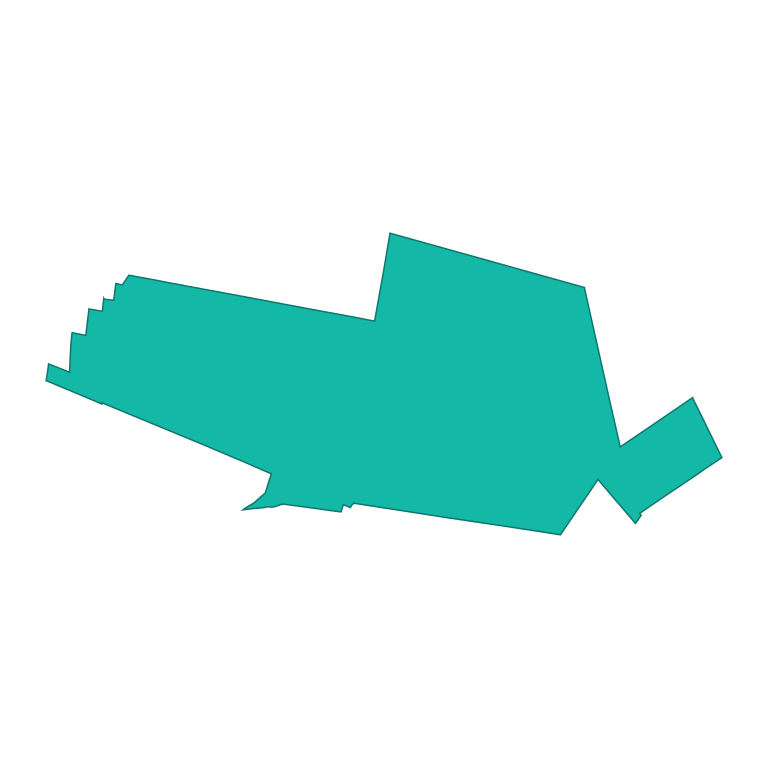 Benito Juárez, Tlaxcala, Mexico (Albers equal-area conic projection)
{"feature_id": "50627088B10674186524860", "entity_name": "Benito Juárez", "entity_type": "district", "adm_level": 2, "iso_a3": "MEX", "parent_name": "Mexico", "parent_adm1": "Tlaxcala", "projection": "albers", "projection_center": [-98.418, 19.596], "detail": "fine", "context": "isolated", "style": "filled", "palette": "teal", "viewbox_px": 768, "rotation_deg": 0, "n_neighbors": 0, "source": "geoboundaries", "source_scale": "gbopen_adm2", "svg_char_len": 2862}
<svg xmlns="http://www.w3.org/2000/svg" viewBox="0 0 768 768"><path d="M390.0,233.2L384.2,267.6L374.6,321.1L371.4,320.5L369.7,320.2L366.4,319.6L363.2,318.9L327.2,312.2L323.9,311.6L320.7,311.0L317.4,310.4L314.1,309.8L310.9,309.2L304.3,308.0L297.8,306.7L291.2,305.5L287.9,304.9L284.7,304.3L281.4,303.7L278.0,303.0L277.5,303.0L277.3,302.9L274.0,302.3L270.7,301.7L267.5,301.0L264.2,300.4L260.9,299.8L257.6,299.2L254.3,298.6L251.0,297.9L250.7,297.8L247.8,297.4L244.6,296.7L241.3,296.2L238.0,295.5L237.8,295.4L237.5,295.4L234.7,294.9L231.5,294.3L228.2,293.7L224.9,293.1L224.5,293.0L224.4,293.0L221.7,292.5L218.2,291.8L214.8,291.2L211.4,290.6L211.2,290.6L208.6,290.1L205.3,289.5L201.9,288.9L198.5,288.2L197.9,288.1L197.7,288.0L197.2,287.9L195.1,287.6L191.9,287.0L188.6,286.4L185.1,285.8L183.9,285.5L183.7,285.4L170.4,283.0L170.2,282.9L166.3,282.2L162.9,281.5L159.5,280.9L157.2,280.4L156.9,280.4L156.1,280.2L152.7,279.6L145.9,278.3L143.9,278.0L143.7,277.9L142.5,277.7L139.1,277.1L132.3,275.8L130.3,275.5L128.9,275.2L122.3,284.9L118.8,284.1L115.9,283.5L115.8,283.9L113.7,300.3L104.1,299.1L103.8,298.4L102.3,311.3L89.3,309.0L89.0,308.9L87.3,322.6L85.8,335.4L72.4,332.7L72.1,332.8L72.0,333.3L70.9,343.7L70.1,359.7L69.6,372.3L48.6,363.9L48.6,364.3L47.4,372.9L46.5,378.2L46.1,380.6L62.8,387.6L63.1,387.7L76.3,393.2L101.8,404.0L101.9,402.8L204.7,445.3L213.6,449.1L219.4,451.5L226.4,454.5L229.7,455.9L233.7,457.6L245.6,462.6L258.6,468.3L263.8,470.6L271.3,473.8L271.2,474.1L271.1,474.5L269.7,479.0L269.4,479.7L268.2,483.5L266.9,487.8L265.5,492.4L265.3,492.9L264.9,493.3L261.4,496.3L260.8,496.8L260.4,497.2L259.9,497.7L256.9,500.2L255.6,501.6L253.6,503.1L252.2,504.0L245.7,507.8L243.1,509.8L253.7,508.5L262.5,507.8L264.4,507.5L266.2,507.2L267.1,506.8L269.7,507.0L271.5,507.1L274.3,506.8L277.5,505.8L279.5,505.2L280.3,504.5L281.1,504.5L282.2,504.5L282.6,504.0L289.8,505.0L295.8,505.8L296.1,505.8L300.2,506.4L304.1,506.9L308.1,507.4L310.7,507.8L310.9,507.8L317.2,508.7L322.2,509.4L325.4,509.8L325.7,509.9L339.9,511.8L340.1,511.8L341.0,511.9L343.4,504.6L344.5,505.1L350.3,507.5L351.3,506.1L351.8,505.0L352.7,504.3L353.5,503.2L359.6,504.1L385.4,508.1L450.5,518.2L505.6,526.3L523.7,529.1L560.5,534.8L560.7,534.4L598.0,479.5L600.0,481.8L600.1,482.0L607.5,490.6L608.7,492.1L608.9,492.4L617.4,502.3L617.6,502.5L618.9,504.0L626.4,512.8L626.6,513.0L635.4,523.4L636.3,522.3L641.1,515.3L639.7,513.6L640.9,512.6L644.9,509.8L650.2,506.1L650.5,505.9L651.9,504.9L653.4,503.9L653.6,503.8L671.5,491.6L672.0,491.3L674.1,489.9L675.7,488.9L676.1,488.6L677.2,487.9L683.4,483.7L699.2,473.0L699.8,472.6L700.1,472.4L700.7,471.8L703.9,469.6L707.2,467.4L721.9,457.6L710.8,435.0L701.9,416.7L695.8,404.4L695.6,404.1L692.6,397.8L692.6,397.6L667.9,414.5L655.3,423.1L629.6,440.5L620.2,446.9L614.2,420.4L610.7,405.2L584.5,288.3L584.5,287.5L390.0,233.2Z" fill="#14b8a6" stroke="#0f766e" stroke-width="1.5"/></svg>